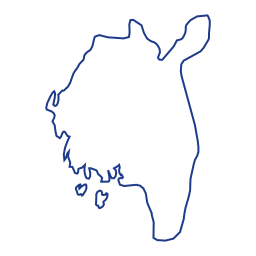 the County of Østfold
{"feature_id": "NOR-924", "entity_name": "Østfold", "entity_type": "County", "adm_level": 1, "iso_a3": "NOR", "parent_name": "Norway", "parent_adm1": "", "projection": "mercator", "projection_center": [11.13, 59.345], "detail": "fine", "context": "isolated", "style": "outline", "palette": "blue", "viewbox_px": 256, "rotation_deg": 0, "n_neighbors": 0, "source": "natural_earth", "source_scale": "10m", "svg_char_len": 2920}
<svg xmlns="http://www.w3.org/2000/svg" viewBox="0 0 256 256"><path d="M207.4,15.4L208.1,16.3L209.7,20.4L209.8,24.1L209.0,33.5L209.0,38.0L208.3,40.0L203.5,48.0L200.5,51.4L183.7,60.6L181.3,64.4L180.8,70.9L181.6,76.2L194.9,125.0L197.8,141.3L198.4,146.9L198.4,152.1L198.3,152.3L197.2,155.8L195.0,159.8L193.9,163.6L190.5,178.8L190.1,190.4L188.7,196.9L185.6,207.5L184.5,213.0L183.7,219.2L180.0,232.1L173.4,238.6L165.4,240.6L157.3,240.1L153.5,237.9L153.7,222.3L151.8,214.9L151.7,214.8L151.7,213.2L147.5,203.4L147.0,201.2L146.2,195.8L145.7,193.2L143.3,188.3L140.1,185.7L136.3,184.8L124.1,186.0L119.9,184.6L118.3,180.1L118.9,178.6L120.0,178.1L122.2,178.2L122.9,177.4L122.3,175.7L121.3,174.5L120.8,175.1L120.0,173.9L119.4,172.7L119.1,170.9L119.3,168.9L119.6,168.0L119.7,167.1L119.1,164.9L117.9,166.1L114.0,168.3L115.8,170.2L116.2,173.3L115.5,176.4L114.0,178.2L111.9,178.2L110.5,176.2L108.1,170.1L109.3,176.7L109.5,180.2L108.5,181.7L101.2,181.7L102.1,177.9L100.4,175.9L98.1,174.1L96.9,170.9L95.8,170.1L90.7,168.2L89.2,168.3L90.2,172.7L90.1,176.5L88.9,178.7L86.7,178.2L85.6,176.4L84.7,172.9L84.4,168.8L84.9,164.9L82.5,167.2L81.2,168.0L79.8,168.3L78.4,169.0L78.2,170.6L78.1,172.3L77.3,173.6L75.0,173.0L72.4,166.9L69.6,166.8L70.2,162.6L68.0,156.4L68.8,151.5L67.4,153.2L65.8,158.3L64.4,160.1L63.8,154.2L65.1,147.6L67.4,141.4L69.6,136.6L67.6,136.0L66.3,134.2L65.2,132.3L64.0,131.5L62.7,132.5L60.8,137.1L59.8,138.1L56.5,135.9L55.4,130.9L54.7,125.3L52.5,121.4L54.2,117.8L54.7,115.3L53.8,113.3L51.6,111.4L46.7,109.5L46.2,107.8L47.3,103.0L50.6,96.0L52.8,92.4L54.2,91.3L55.1,93.5L54.8,97.3L53.3,104.6L55.0,106.0L56.6,105.3L57.8,103.0L58.5,99.8L58.5,95.5L58.2,94.8L62.3,90.5L63.4,90.7L63.8,90.6L68.0,86.6L70.3,82.5L71.3,79.4L73.4,73.7L74.7,71.4L77.6,67.5L79.4,64.0L83.6,59.6L84.3,55.6L84.7,54.7L87.1,52.2L90.2,50.1L91.1,48.7L92.4,46.2L94.2,38.6L94.9,36.7L99.3,35.1L107.9,37.3L123.7,38.4L129.0,37.0L129.6,32.3L129.3,24.4L130.4,20.1L133.3,19.9L141.5,25.3L143.9,32.8L147.0,38.4L149.8,40.5L152.2,41.7L154.2,42.3L155.7,43.3L157.1,44.7L158.8,47.4L159.6,49.2L159.9,51.3L159.8,52.9L158.0,57.3L158.7,59.0L159.4,59.6L162.3,59.8L173.7,46.4L176.9,40.4L181.1,39.3L182.5,38.2L183.8,36.0L185.1,33.3L185.6,31.1L185.8,28.9L185.7,27.1L186.3,25.1L187.8,23.1L190.7,20.0L197.1,16.4L207.4,15.4ZM105.9,193.5L106.6,193.3L107.5,194.0L107.4,196.3L106.5,198.6L105.2,200.3L103.5,201.6L103.4,202.5L104.0,204.1L102.9,206.3L100.9,207.7L99.4,208.1L98.8,207.5L98.6,206.6L98.2,205.7L97.2,205.6L96.0,204.6L96.1,201.4L96.3,197.7L96.3,194.2L97.5,191.8L99.7,190.6L101.4,191.2L102.1,193.1L102.1,194.7L103.1,195.0L105.9,194.6L105.8,193.9L105.9,193.5ZM85.9,184.5L86.4,185.7L86.4,188.3L85.5,190.8L82.6,195.3L81.8,195.5L81.5,194.4L80.9,194.1L79.1,194.8L77.9,194.4L77.4,193.3L77.0,191.8L75.8,188.6L76.2,187.4L77.5,186.1L79.1,184.8L80.3,184.5L80.6,185.3L80.3,186.3L79.5,187.0L79.1,187.9L79.3,188.7L81.1,186.9L84.3,184.7L85.9,184.5Z" fill="none" stroke="#1e3a8a" stroke-width="2"/></svg>